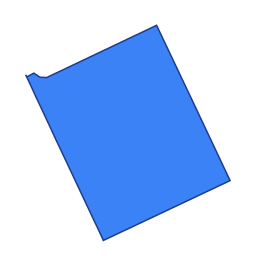 St. Joseph, Michigan, United States of America, rotated 65°
{"feature_id": "52423323B59966330361509", "entity_name": "St. Joseph", "entity_type": "district", "adm_level": 2, "iso_a3": "USA", "parent_name": "United States of America", "parent_adm1": "Michigan", "projection": "robinson", "projection_center": [-85.583, 41.915], "detail": "fine", "context": "isolated", "style": "filled", "palette": "blue", "viewbox_px": 256, "rotation_deg": 65, "n_neighbors": 0, "source": "geoboundaries", "source_scale": "gbopen_adm2", "svg_char_len": 533}
<svg xmlns="http://www.w3.org/2000/svg" viewBox="0 0 256 256"><g transform="rotate(65 128 128)"><path d="M47.0,58.7L47.9,180.4L44.7,186.4L38.5,190.1L38.9,198.1L36.5,198.3L42.5,198.2L42.8,198.2L51.5,198.2L61.0,198.3L84.7,198.2L88.0,198.2L89.2,198.2L94.6,198.2L97.5,198.2L98.4,198.3L103.6,198.2L103.9,198.3L136.6,198.1L137.5,198.1L168.1,198.0L169.9,198.0L187.6,197.9L198.3,197.9L205.4,197.8L210.0,197.8L213.7,197.8L217.2,197.8L219.5,197.9L218.8,57.7L132.6,58.1L47.0,58.7Z" fill="#3b82f6" stroke="#1e3a8a" stroke-width="1.5"/></g></svg>